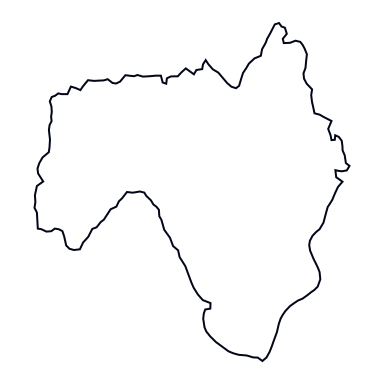 Paulo Frontin, Paraná, Brazil (Equal Earth projection)
{"feature_id": "56859067B20198309611893", "entity_name": "Paulo Frontin", "entity_type": "district", "adm_level": 2, "iso_a3": "BRA", "parent_name": "Brazil", "parent_adm1": "Paraná", "projection": "equal_earth", "projection_center": [-50.751, -26.069], "detail": "fine", "context": "isolated", "style": "outline", "palette": "ink", "viewbox_px": 384, "rotation_deg": 0, "n_neighbors": 0, "source": "geoboundaries", "source_scale": "gbopen_adm2", "svg_char_len": 2606}
<svg xmlns="http://www.w3.org/2000/svg" viewBox="0 0 384 384"><path d="M37.5,168.6L38.1,173.5L43.2,181.5L36.9,186.0L34.9,195.4L35.4,201.9L34.5,207.8L36.9,212.5L37.8,228.6L41.4,229.2L46.4,231.6L51.3,231.2L54.8,228.6L58.7,229.2L62.4,231.1L64.2,236.5L66.2,245.5L69.5,248.8L74.0,250.0L79.9,249.3L83.1,242.5L88.3,236.8L92.3,228.9L96.6,227.3L100.7,222.1L103.9,219.6L110.6,209.3L116.4,206.6L118.9,201.3L121.9,198.5L127.0,192.0L132.7,192.7L139.9,191.5L144.3,192.6L146.3,195.9L151.0,200.4L153.3,204.4L156.5,206.8L158.9,209.8L159.3,216.2L161.4,219.8L164.2,229.7L166.4,232.8L170.0,237.8L173.1,246.1L178.1,250.3L179.6,257.1L185.3,266.1L191.5,282.8L193.7,287.8L197.9,294.5L202.8,300.1L210.5,303.1L210.3,308.6L205.2,309.5L203.8,313.6L203.2,318.7L204.5,327.2L206.3,331.5L210.2,336.4L216.0,342.1L228.5,351.3L233.1,353.2L238.7,354.8L246.8,355.5L253.2,357.4L257.8,357.6L262.4,361.0L266.5,357.5L269.6,351.9L271.7,346.6L273.7,340.9L276.9,332.2L278.9,323.6L280.6,318.7L282.5,315.2L285.3,311.1L290.1,306.0L294.9,302.6L298.1,300.5L302.6,298.6L307.1,295.4L311.1,292.2L314.2,290.1L317.7,286.6L320.3,279.3L319.6,272.2L318.1,268.2L316.4,264.6L313.7,259.2L310.2,250.9L309.2,245.2L309.9,240.8L312.5,235.8L316.0,232.1L319.6,229.2L323.5,222.6L324.9,217.2L326.3,212.0L327.7,207.0L329.9,203.7L332.3,199.8L333.9,195.9L335.6,192.0L338.0,186.9L342.5,181.7L336.2,177.2L335.4,170.2L338.7,170.9L341.9,171.3L346.8,170.4L349.5,165.9L345.9,163.1L344.7,155.3L342.6,150.4L342.4,145.8L341.7,140.7L338.8,136.9L335.2,135.3L334.8,139.8L331.5,140.1L330.6,135.4L328.2,128.9L331.5,121.0L323.3,116.8L319.8,114.7L314.5,113.3L313.3,107.6L312.0,101.9L311.2,95.1L312.1,89.4L306.7,83.7L304.0,78.6L303.5,73.3L305.5,67.9L306.1,61.3L306.9,54.3L304.7,48.8L302.7,45.0L300.3,41.9L295.5,40.7L290.1,42.8L283.8,43.1L282.8,38.8L286.8,33.8L284.9,27.7L281.5,26.5L279.0,23.0L274.8,24.4L269.8,34.1L267.2,38.6L265.8,42.6L262.1,49.2L260.8,55.8L254.5,58.4L248.9,63.6L246.2,68.2L243.0,73.0L240.9,79.7L239.1,85.8L236.0,88.2L231.4,86.7L227.2,83.1L218.3,72.6L212.8,69.3L208.5,64.4L205.7,60.1L203.0,64.4L202.2,69.1L196.4,70.0L193.9,74.3L185.8,68.4L181.4,72.4L177.8,76.3L171.0,76.4L166.9,78.3L166.2,83.7L162.7,82.5L160.9,75.7L155.3,75.7L149.9,76.2L143.0,76.6L137.4,75.0L134.2,76.2L130.9,75.9L125.4,75.2L120.1,81.6L116.1,83.5L112.6,83.0L107.7,79.2L103.7,80.4L97.4,80.7L94.0,80.9L88.0,80.2L85.4,83.3L82.7,86.7L80.4,90.1L75.6,88.0L70.9,86.6L67.5,94.1L61.5,94.1L58.3,93.4L55.0,95.8L51.7,97.0L49.8,101.4L51.4,106.4L51.8,111.9L51.1,116.8L51.6,121.1L49.6,125.0L48.9,130.0L50.0,139.7L49.5,147.5L48.8,152.2L42.6,157.4L39.3,163.1L37.5,168.6Z" fill="none" stroke="#020617" stroke-width="2"/></svg>